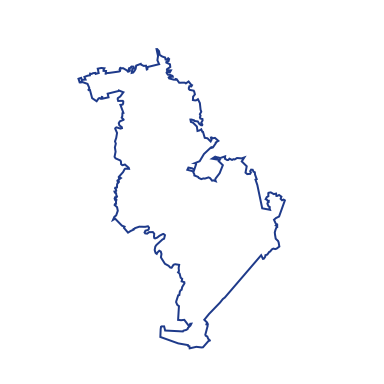 Naranjos Amatlán, Veracruz, Mexico (Albers equal-area conic projection), rotated 249°
{"feature_id": "50627088B32866858963160", "entity_name": "Naranjos Amatlán", "entity_type": "district", "adm_level": 2, "iso_a3": "MEX", "parent_name": "Mexico", "parent_adm1": "Veracruz", "projection": "albers", "projection_center": [-97.672, 21.308], "detail": "fine", "context": "isolated", "style": "outline", "palette": "blue", "viewbox_px": 384, "rotation_deg": 249, "n_neighbors": 0, "source": "geoboundaries", "source_scale": "gbopen_adm2", "svg_char_len": 6118}
<svg xmlns="http://www.w3.org/2000/svg" viewBox="0 0 384 384"><g transform="rotate(249 192 192)"><path d="M334.7,126.4L334.7,128.5L334.0,128.0L333.7,129.3L330.4,133.2L326.2,133.4L325.2,133.0L324.0,131.3L324.4,132.9L324.0,133.3L315.4,132.4L310.9,135.5L312.8,138.3L312.9,139.1L311.7,140.3L313.1,141.9L312.8,142.3L311.2,142.0L310.3,148.0L314.0,148.5L312.6,159.8L313.0,160.1L309.7,163.7L306.9,159.3L306.2,156.4L305.4,155.9L303.5,155.7L301.9,160.0L301.2,160.3L299.2,159.4L298.5,158.5L299.0,156.4L290.4,156.3L290.5,155.3L287.8,154.1L286.6,153.0L284.2,154.1L283.9,153.9L283.8,149.9L282.5,148.3L280.2,148.1L277.7,149.7L276.7,149.5L276.8,148.0L279.4,144.7L279.3,143.7L278.7,143.0L274.0,143.2L269.6,140.6L266.9,138.3L264.4,138.2L261.3,136.0L257.0,135.1L252.6,132.3L250.8,132.7L247.1,136.4L246.0,136.6L243.4,135.8L242.4,136.3L241.9,136.8L241.7,139.2L237.3,141.6L236.2,141.5L237.7,138.0L237.4,137.2L235.3,134.8L232.3,129.0L231.3,128.8L230.9,129.2L231.2,130.1L230.5,130.6L229.4,126.5L228.3,126.3L228.3,127.5L227.6,127.4L226.2,124.9L223.2,123.6L223.5,121.9L222.9,121.5L222.1,121.9L220.3,121.7L219.9,121.0L220.2,119.8L219.0,119.8L218.1,120.7L216.2,120.2L214.7,120.4L214.3,119.9L214.7,118.4L213.6,117.4L212.1,117.4L211.9,117.8L212.6,118.5L211.9,118.7L210.2,117.5L208.2,116.9L208.3,115.7L207.6,115.1L204.7,116.6L201.1,116.0L197.3,112.8L196.7,110.7L194.3,108.3L194.6,110.7L185.7,114.5L183.8,116.6L182.9,115.6L177.0,117.7L177.6,120.8L177.8,124.0L178.4,124.2L178.3,125.1L178.7,125.9L178.5,130.4L176.3,135.7L175.8,138.6L174.2,139.1L172.7,138.2L172.3,137.3L172.6,134.7L171.2,133.2L170.1,133.5L169.2,135.2L169.9,137.6L168.6,141.1L166.6,141.8L163.9,140.5L162.5,140.3L161.9,140.9L161.9,143.2L162.8,146.0L163.2,149.6L163.0,150.4L161.4,151.3L158.4,149.2L158.3,147.5L155.3,139.8L154.2,138.2L151.3,136.4L149.6,136.2L147.9,136.2L146.9,136.9L147.8,137.9L148.9,140.4L147.6,141.5L145.1,141.3L142.2,139.6L141.2,139.7L134.7,141.0L131.5,143.7L129.3,144.6L128.6,145.8L130.7,148.7L130.6,150.4L128.6,153.9L125.8,152.3L122.9,151.5L122.0,150.2L120.3,151.2L116.1,150.7L114.4,151.7L112.3,150.3L110.6,152.5L109.4,152.2L106.8,148.8L104.5,147.3L104.3,146.1L103.3,144.9L100.3,143.2L100.5,142.1L95.7,138.2L94.9,137.7L92.0,137.8L90.1,138.9L77.6,133.2L76.2,135.9L75.4,139.0L68.4,141.0L68.5,142.1L69.6,143.1L69.3,144.2L67.9,142.7L66.6,139.6L65.7,138.9L65.3,137.3L65.6,134.3L65.1,133.5L72.3,117.3L76.5,117.8L77.4,115.5L77.3,114.8L75.2,113.6L68.0,110.5L55.6,124.9L50.5,133.4L49.4,133.3L48.9,134.3L46.9,133.8L45.9,140.6L43.4,145.3L43.1,146.6L47.3,154.6L46.4,155.8L49.2,154.5L51.6,154.5L52.9,153.3L54.0,153.3L61.5,158.7L62.5,158.8L63.2,158.0L63.7,158.4L63.4,159.4L64.8,159.3L68.3,157.7L72.1,164.3L78.7,178.5L81.0,182.4L81.7,184.8L108.2,233.9L104.1,234.3L104.0,235.2L105.3,237.1L106.7,237.9L106.6,239.9L108.4,242.6L108.4,243.6L109.8,246.0L110.0,247.7L108.9,249.2L108.8,250.7L109.8,254.0L113.8,254.8L115.4,254.8L118.4,253.4L122.3,254.2L124.6,254.8L126.8,256.4L128.6,258.1L128.7,259.0L129.7,259.3L130.5,258.5L130.8,259.8L131.3,259.9L132.1,258.9L136.7,258.6L137.6,261.1L137.9,264.5L150.9,275.7L152.1,274.8L152.0,273.1L153.9,272.3L155.6,273.8L158.0,272.2L157.8,270.2L158.1,269.4L160.4,269.9L160.7,267.6L163.4,265.4L163.8,263.5L163.6,262.8L160.7,261.8L160.4,259.9L158.9,258.2L157.9,259.2L156.8,259.4L156.3,260.5L155.0,259.9L154.9,258.9L154.1,258.2L151.4,258.3L150.0,259.2L149.3,258.6L147.4,258.5L151.6,251.7L175.1,255.5L180.8,255.7L180.8,257.0L185.7,257.1L187.9,257.7L188.9,256.7L191.0,256.6L191.7,255.2L190.6,253.8L189.2,254.0L188.1,252.8L188.9,250.0L190.9,248.9L196.4,252.3L202.7,249.4L205.5,253.2L205.6,250.4L207.6,246.2L207.1,243.5L207.8,242.4L207.6,240.9L209.7,238.9L208.9,237.4L209.2,236.3L211.3,234.6L213.4,235.7L213.6,230.5L215.0,228.6L214.8,228.0L215.4,227.7L215.4,227.1L216.8,227.2L215.1,227.0L215.2,226.3L216.6,226.1L215.9,222.7L212.0,229.3L211.2,228.0L206.0,230.4L199.6,224.5L196.1,218.8L195.0,218.0L193.6,218.0L195.1,216.3L195.4,214.8L198.4,213.9L199.7,212.7L199.9,208.8L200.6,207.5L200.7,205.3L202.8,203.3L203.9,203.1L206.6,200.1L207.6,200.5L209.9,200.3L210.6,200.9L214.4,195.6L216.1,197.4L214.0,200.7L212.0,202.1L216.5,205.8L217.4,205.8L217.9,204.9L218.0,210.2L223.2,216.8L226.8,225.6L226.8,226.2L226.2,226.1L226.1,227.5L229.1,231.8L229.7,231.9L230.3,234.9L234.3,232.8L234.8,230.4L235.9,229.9L236.0,229.2L233.7,228.9L232.5,227.5L236.6,225.7L238.0,223.3L244.2,223.8L244.5,223.2L247.2,223.1L246.8,221.1L247.0,219.0L251.4,220.0L256.5,217.7L257.8,216.1L260.2,216.5L259.9,217.4L258.1,219.7L257.4,219.8L255.8,222.7L252.7,223.3L251.0,224.5L250.7,225.4L251.3,225.8L253.3,225.4L255.0,227.5L256.4,227.9L257.6,226.1L259.0,226.2L260.1,227.3L261.8,227.2L263.6,229.4L265.8,229.5L272.2,231.2L276.5,230.8L276.1,229.1L276.3,227.9L277.5,225.8L280.6,227.2L282.1,229.7L284.6,230.0L286.0,229.9L288.2,226.4L289.2,226.0L290.3,226.3L291.7,227.5L290.8,229.2L291.7,230.3L292.6,229.6L296.4,228.4L295.6,225.2L296.7,224.4L298.6,219.2L302.8,218.1L303.3,217.3L302.7,216.9L303.5,215.1L306.2,211.4L307.3,211.3L307.5,212.0L306.5,215.4L307.4,215.4L309.0,213.7L310.2,211.5L312.5,211.0L313.0,211.5L312.8,212.4L311.6,214.1L313.1,215.9L313.8,214.2L313.6,213.0L314.2,212.4L315.0,212.3L315.6,212.7L316.5,216.5L319.1,217.2L322.0,214.4L322.4,214.5L322.9,215.0L322.6,217.0L324.3,218.3L325.4,217.7L324.8,216.3L325.2,214.8L327.2,215.1L329.1,212.8L331.1,211.3L331.8,211.0L335.3,211.7L337.9,210.7L338.1,210.1L331.1,209.0L327.4,206.9L323.1,207.1L324.6,195.4L322.6,194.3L322.6,193.7L326.4,194.3L327.0,192.1L329.2,190.1L330.0,190.1L330.0,185.2L327.2,183.5L325.9,182.0L324.6,179.9L324.8,178.4L327.7,180.1L328.6,182.1L330.0,182.3L330.8,180.6L330.7,180.1L329.9,179.8L330.1,177.6L328.5,176.5L328.1,176.5L328.1,177.6L327.6,177.5L327.2,177.0L327.2,175.4L328.8,174.8L331.5,172.7L332.4,171.9L332.6,170.4L333.5,169.9L333.5,169.3L332.3,168.3L331.3,168.5L330.7,168.1L330.6,167.1L332.8,157.6L333.6,154.8L334.2,154.5L332.6,153.3L335.8,155.1L336.8,152.8L337.8,153.2L338.9,154.5L340.3,151.8L340.9,148.2L336.5,147.5L336.8,144.4L337.8,144.5L338.4,142.3L338.2,140.6L339.0,139.3L337.5,138.5L338.0,136.2L338.0,132.8L335.1,132.9L336.2,129.3L338.3,129.4L338.4,126.6L334.7,126.4Z" fill="none" stroke="#1e3a8a" stroke-width="2"/></g></svg>